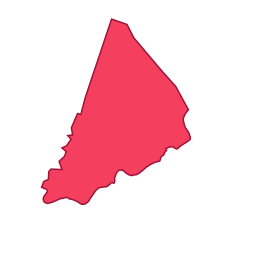 Perry, Missouri, United States of America (Mercator projection), rotated 109°
{"feature_id": "52423323B47197151820416", "entity_name": "Perry", "entity_type": "district", "adm_level": 2, "iso_a3": "USA", "parent_name": "United States of America", "parent_adm1": "Missouri", "projection": "mercator", "projection_center": [-89.676, 37.736], "detail": "fine", "context": "isolated", "style": "filled", "palette": "rose", "viewbox_px": 256, "rotation_deg": 109, "n_neighbors": 0, "source": "geoboundaries", "source_scale": "gbopen_adm2", "svg_char_len": 1706}
<svg xmlns="http://www.w3.org/2000/svg" viewBox="0 0 256 256"><g transform="rotate(109 128 128)"><path d="M113.5,178.3L130.6,177.0L130.7,180.4L146.3,181.6L152.5,178.1L154.8,182.5L157.2,178.2L165.0,180.4L168.3,184.0L170.5,178.7L175.7,178.9L182.0,182.3L188.8,176.9L191.9,187.4L194.9,188.7L202.5,186.6L206.0,190.2L212.3,190.4L212.3,188.8L212.4,188.3L212.4,185.8L212.6,185.0L212.9,184.4L213.8,183.7L214.6,183.6L215.8,183.9L220.4,185.3L222.7,185.1L224.1,184.3L225.2,183.2L225.6,181.6L225.6,180.6L225.5,179.7L224.9,178.5L222.8,175.4L216.7,168.8L215.6,166.4L214.1,164.6L213.5,162.9L213.6,161.9L214.0,161.3L214.0,159.4L213.7,157.4L213.9,153.1L214.6,149.9L215.1,148.3L215.1,146.6L214.5,145.0L213.8,143.9L212.2,142.6L211.1,141.9L209.5,141.2L207.4,140.9L199.2,138.6L197.2,137.9L194.4,136.4L193.2,134.8L192.1,132.6L190.5,129.2L188.8,127.9L187.0,126.7L185.9,126.5L185.0,125.7L184.8,125.0L184.9,123.5L184.7,123.2L182.5,123.2L181.4,123.6L179.8,124.4L176.3,124.3L175.1,124.5L172.5,123.7L171.1,122.9L170.4,122.1L170.3,121.6L169.7,119.4L170.2,117.7L170.9,116.1L171.7,113.4L172.0,111.5L171.9,109.5L171.7,108.8L170.9,107.9L169.2,104.5L167.9,103.4L166.9,102.6L165.4,101.6L161.4,99.2L159.6,98.3L155.3,95.0L151.8,91.5L150.9,90.3L149.8,88.4L148.8,87.2L145.9,87.2L144.7,87.4L143.7,86.9L142.4,85.8L141.4,85.4L138.8,85.3L137.2,84.6L136.5,84.2L135.3,85.4L133.1,83.4L132.4,82.5L131.2,79.2L131.4,78.2L132.0,77.1L131.9,75.1L131.5,74.4L130.2,73.9L127.3,72.1L120.8,66.9L118.9,65.7L118.3,65.6L116.4,66.1L113.0,68.7L111.8,70.0L109.0,73.8L107.6,75.1L103.0,78.1L101.7,78.7L98.3,78.8L95.5,78.4L91.3,76.9L91.1,76.8L73.1,96.5L63.1,114.5L40.9,151.8L30.4,162.7L30.4,179.0L113.5,178.3Z" fill="#f43f5e" stroke="#9f1239" stroke-width="1.5"/></g></svg>